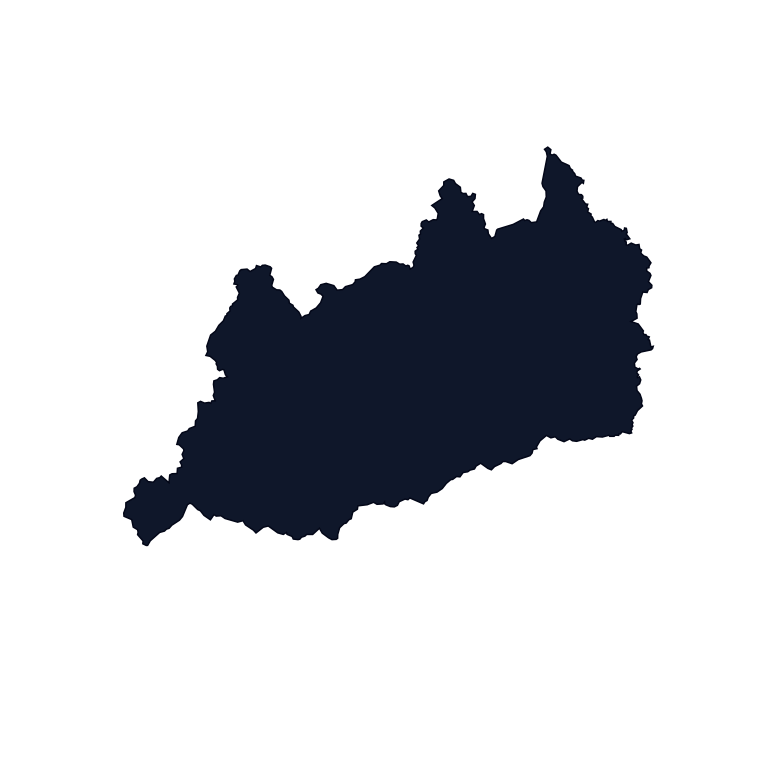 El Chaco, Napo, Ecuador (Mercator projection), rotated 328°
{"feature_id": "8360857B77920880428732", "entity_name": "El Chaco", "entity_type": "district", "adm_level": 2, "iso_a3": "ECU", "parent_name": "Ecuador", "parent_adm1": "Napo", "projection": "mercator", "projection_center": [-77.649, -0.244], "detail": "fine", "context": "isolated", "style": "filled", "palette": "ink", "viewbox_px": 768, "rotation_deg": 328, "n_neighbors": 0, "source": "geoboundaries", "source_scale": "gbopen_adm2", "svg_char_len": 6159}
<svg xmlns="http://www.w3.org/2000/svg" viewBox="0 0 768 768"><g transform="rotate(328 384 384)"><path d="M112.5,348.3L102.2,347.9L99.7,351.8L94.9,355.5L93.4,358.4L98.2,365.3L95.5,372.5L97.8,376.9L97.0,379.3L95.2,381.2L96.5,389.4L94.8,391.7L96.8,394.9L98.0,395.6L102.7,393.1L115.1,391.0L119.9,392.4L122.6,391.8L125.3,392.5L129.3,391.3L138.4,391.1L142.9,389.6L153.3,382.2L156.3,382.2L157.7,384.3L159.5,391.8L161.1,394.2L161.7,400.0L164.8,407.2L170.6,404.7L171.7,407.1L176.0,409.4L177.9,413.8L186.7,423.6L192.0,425.2L191.9,430.1L195.8,438.7L196.5,442.5L205.7,441.5L210.6,443.1L215.0,453.9L218.9,458.2L222.6,458.2L222.1,460.1L225.3,464.6L224.9,467.4L228.6,470.4L230.4,471.0L232.8,470.2L236.4,471.1L238.7,470.6L243.8,473.8L252.8,472.1L252.6,477.7L255.5,485.1L257.4,488.4L261.1,490.4L262.9,490.3L265.1,487.0L270.2,482.4L276.0,481.2L278.3,481.9L282.2,480.5L284.8,480.9L289.6,476.1L295.1,476.1L297.3,473.5L305.8,477.5L312.5,478.8L314.3,482.3L319.7,485.2L322.0,484.3L321.1,486.1L321.6,487.5L324.4,491.3L327.7,493.7L331.1,494.0L334.5,491.9L340.8,492.7L343.0,494.8L345.5,494.3L354.0,506.6L356.3,505.5L358.8,505.6L361.6,503.4L366.1,501.8L371.6,503.8L378.1,503.5L384.2,501.3L390.0,500.5L391.7,501.3L396.5,500.9L399.2,503.0L404.2,501.0L408.5,502.8L411.3,502.6L415.7,504.0L418.6,502.4L424.0,502.4L427.4,510.7L429.6,513.7L434.0,512.6L441.1,513.4L443.6,512.7L446.1,514.2L450.4,519.5L457.8,519.2L469.8,522.1L472.9,521.1L475.6,518.5L479.5,519.9L479.9,518.2L486.1,514.9L494.5,513.7L497.0,518.1L501.3,519.5L502.1,522.9L506.1,528.3L512.4,529.0L513.7,532.0L517.0,534.7L523.1,536.5L524.5,538.0L528.8,538.5L531.5,541.3L536.3,541.2L541.1,544.7L547.7,546.7L547.7,548.0L551.4,550.3L553.0,549.9L555.8,551.9L556.7,550.9L558.0,551.6L560.8,550.7L565.8,556.1L568.1,556.7L568.5,554.6L570.4,553.8L570.5,552.5L572.7,551.6L573.0,549.8L574.6,548.8L574.9,545.8L577.6,545.2L578.9,543.3L580.5,543.5L584.9,540.9L591.6,539.6L591.8,537.2L593.9,535.0L594.7,532.6L595.7,528.3L595.1,523.7L597.0,519.7L600.9,519.2L603.9,516.6L604.4,513.3L602.3,512.9L602.9,511.7L604.7,511.2L604.3,508.4L605.8,507.1L609.2,507.0L609.0,506.1L607.5,505.9L605.7,502.6L607.5,498.9L611.6,497.4L612.3,494.5L614.9,492.9L619.1,493.1L628.6,496.6L630.5,496.3L632.3,494.7L630.0,494.0L632.4,487.4L631.5,486.2L633.9,484.6L632.2,482.6L632.3,480.9L630.6,479.9L631.0,477.1L632.1,476.5L631.4,467.8L626.5,461.9L633.5,462.3L635.6,458.5L635.9,456.1L640.3,451.0L641.8,450.5L642.3,451.7L643.7,452.0L646.9,447.5L652.2,443.2L655.6,445.8L658.2,444.0L662.0,444.2L663.5,442.2L662.5,437.3L667.9,433.4L668.2,431.1L666.7,427.4L668.2,424.9L670.3,425.8L671.4,424.3L674.6,422.7L674.1,415.6L672.2,413.1L671.3,410.0L671.5,408.5L673.4,406.9L672.5,404.7L674.2,400.8L671.1,399.5L668.3,395.5L664.3,395.5L663.2,394.3L664.7,391.9L663.9,390.7L664.7,388.3L665.8,388.5L665.5,390.0L669.4,391.1L668.9,385.2L670.5,384.4L672.0,380.4L670.7,379.2L669.4,380.8L666.7,380.6L666.9,378.7L663.2,372.7L663.0,369.0L661.6,368.2L662.6,366.4L659.6,364.5L660.3,362.5L658.2,362.4L657.7,361.0L653.2,360.1L651.9,358.7L649.2,359.1L648.4,358.2L649.1,352.9L648.6,351.0L649.7,349.6L647.9,346.0L650.3,343.6L649.5,341.6L652.0,339.5L650.3,338.1L649.7,331.1L651.1,331.7L652.1,330.1L651.8,328.1L649.5,326.3L649.9,322.7L652.7,319.2L658.7,317.9L659.4,319.5L661.4,317.2L660.2,316.2L660.2,313.7L656.6,309.2L657.2,306.8L656.6,303.1L657.2,302.6L656.2,300.0L656.7,296.9L652.0,289.8L651.1,281.0L650.0,279.3L647.7,278.9L646.8,276.8L649.7,273.7L648.4,269.9L644.5,270.0L644.7,273.1L643.1,277.5L624.4,297.5L623.4,300.8L623.7,306.1L620.7,311.4L616.3,314.7L613.3,318.3L608.6,320.2L599.3,327.4L594.4,325.2L593.6,322.0L592.3,320.5L590.0,320.0L589.7,318.0L578.1,317.1L562.4,312.9L561.1,313.2L556.2,317.7L552.3,317.5L552.1,311.9L553.7,308.5L551.7,305.8L551.8,304.2L554.8,302.1L556.0,296.6L558.2,293.1L557.0,291.2L554.7,290.9L554.4,287.0L550.2,284.4L555.2,280.5L555.2,276.3L559.4,275.0L562.0,271.6L560.3,269.4L557.1,270.9L554.1,269.3L554.5,265.8L551.9,264.3L550.8,262.2L553.0,257.6L550.8,251.9L551.0,248.2L547.8,244.6L541.8,244.3L539.9,247.3L532.7,249.2L531.4,254.2L531.6,257.6L519.1,257.9L520.4,261.6L520.4,268.0L516.7,272.2L515.4,272.6L512.8,270.7L507.8,270.3L506.8,267.3L502.4,266.6L500.6,267.6L499.1,269.8L500.0,272.6L495.8,273.6L494.4,276.2L492.5,276.3L491.0,279.9L486.5,281.8L486.5,285.3L484.3,285.7L484.2,287.6L480.8,287.9L479.5,290.1L479.7,292.0L473.3,296.0L472.4,299.2L470.5,300.5L467.1,300.4L467.9,297.2L467.1,295.9L465.0,295.5L463.8,292.3L460.8,290.7L459.0,287.1L453.7,283.4L449.8,283.3L445.7,280.5L443.6,281.1L437.9,279.5L424.6,282.8L419.1,282.3L415.0,280.5L413.6,282.1L410.1,283.1L402.9,281.0L398.9,282.0L394.0,279.6L393.6,274.0L388.3,268.0L383.0,266.3L379.0,268.0L376.3,268.0L376.2,271.8L378.2,274.4L378.8,277.3L373.3,281.5L366.8,283.6L360.5,283.3L357.3,285.4L353.3,284.1L348.3,284.3L349.5,282.6L349.9,277.7L348.0,270.7L348.5,269.0L346.6,265.3L347.8,262.5L346.3,256.6L346.3,251.3L345.5,249.1L342.8,247.2L340.6,242.7L341.1,240.8L345.7,236.7L345.8,233.5L344.7,231.3L350.0,226.3L349.6,224.3L346.3,220.2L343.7,218.9L341.5,219.4L338.6,216.0L336.3,218.0L330.0,217.6L328.8,214.0L323.5,211.3L321.7,211.6L317.9,214.2L316.3,213.7L312.8,215.6L311.9,217.9L309.7,219.6L312.5,222.2L312.0,223.1L310.1,223.4L309.5,230.3L305.7,232.9L304.5,235.1L297.9,235.9L297.0,237.3L295.0,237.0L293.5,237.8L292.1,240.5L288.1,241.1L287.0,242.6L285.4,242.3L281.3,245.3L275.1,246.7L269.0,249.9L262.9,250.6L253.8,258.0L251.6,263.2L248.1,265.4L251.2,268.4L253.3,274.4L253.5,276.9L252.3,278.0L252.2,280.5L250.7,283.3L251.5,285.5L254.7,286.0L255.8,287.1L254.4,292.2L255.0,294.9L250.7,293.9L248.0,291.5L244.9,292.1L241.4,291.2L239.2,293.9L235.9,301.2L233.1,303.3L232.0,308.8L229.0,307.1L226.8,308.6L225.9,306.9L221.7,305.1L219.2,301.5L216.1,301.3L211.9,309.0L207.6,314.4L204.6,315.4L201.5,319.8L195.3,318.6L192.6,319.8L187.0,318.4L181.6,320.6L176.3,325.4L178.1,327.0L179.6,332.7L179.0,334.5L175.5,336.7L174.7,341.2L169.8,342.0L169.5,345.3L168.3,347.3L164.2,346.0L161.1,350.3L156.7,347.8L154.1,347.6L149.3,353.8L146.3,344.0L144.3,344.6L141.2,343.6L136.4,345.1L132.2,341.8L131.1,336.6L128.1,336.2L126.2,336.4L124.0,338.6L120.0,340.2L116.9,340.0L115.0,342.8L114.4,346.6L112.5,348.3Z" fill="#0f172a" stroke="#020617" stroke-width="1.5"/></g></svg>